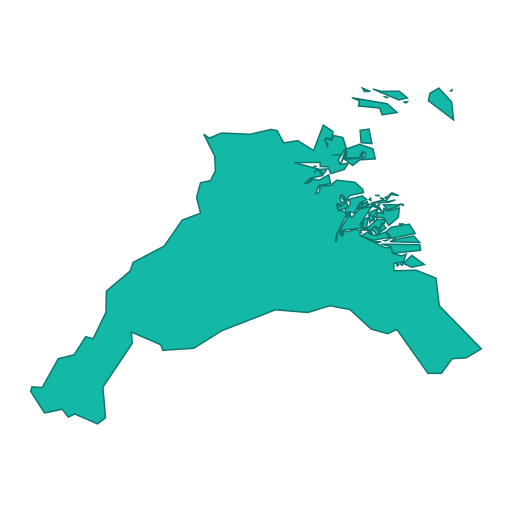 outline of Bulungan, Kalimantan Timur, Indonesia
{"feature_id": "22746128B10941975158621", "entity_name": "Bulungan", "entity_type": "district", "adm_level": 2, "iso_a3": "IDN", "parent_name": "Indonesia", "parent_adm1": "Kalimantan Timur", "projection": "orthographic", "projection_center": [117.459, 2.847], "detail": "fine", "context": "isolated", "style": "filled", "palette": "teal", "viewbox_px": 512, "rotation_deg": 0, "n_neighbors": 0, "source": "geoboundaries", "source_scale": "gbopen_adm2", "svg_char_len": 6076}
<svg xmlns="http://www.w3.org/2000/svg" viewBox="0 0 512 512"><path d="M481.3,348.8L439.3,305.8L435.9,278.2L416.2,270.2L393.9,270.8L394.0,263.3L403.5,262.1L406.1,254.1L401.4,255.8L393.0,253.5L392.3,252.5L390.6,246.6L388.1,247.9L384.5,247.4L361.4,236.2L359.9,234.8L359.6,234.1L359.9,233.1L361.5,232.9L361.0,231.2L356.0,229.1L348.6,231.5L345.4,231.7L342.7,230.4L343.4,234.3L341.8,236.1L339.1,231.5L337.4,234.0L336.7,239.9L335.9,241.8L335.4,241.7L336.8,233.8L346.6,214.2L343.0,211.0L338.9,210.9L337.9,209.8L336.6,205.2L336.9,203.7L338.5,203.7L340.1,206.2L341.9,202.6L345.1,203.1L340.7,201.4L340.1,196.2L341.6,195.0L343.3,195.3L345.5,199.7L350.4,195.3L363.5,192.6L362.6,189.2L354.7,182.2L336.6,180.2L330.5,185.5L320.0,185.8L319.6,191.5L317.9,192.9L315.7,193.7L319.1,185.5L330.6,183.5L328.7,174.8L318.8,180.4L312.5,178.6L311.6,180.8L310.6,181.8L304.3,184.0L310.4,178.1L322.2,175.7L318.2,169.4L314.1,172.6L318.0,168.9L294.1,162.6L320.2,162.5L320.2,166.5L327.8,166.8L330.9,173.6L344.3,169.4L348.3,163.2L340.1,164.3L338.3,159.9L341.6,154.8L332.5,155.0L342.1,154.3L344.8,149.3L346.3,148.3L342.8,137.5L333.5,135.5L331.9,140.3L326.2,138.6L325.2,140.8L328.0,144.1L327.3,146.5L324.7,139.7L325.7,138.3L327.3,137.9L331.6,139.8L333.0,131.6L323.3,125.1L313.6,150.5L297.8,140.7L283.7,142.9L277.1,130.7L271.0,129.4L250.2,134.3L221.6,133.0L209.3,138.1L203.8,134.2L214.7,156.1L215.4,170.7L210.5,180.6L200.5,182.8L196.6,197.6L200.6,213.2L182.2,220.1L164.2,246.1L133.1,262.4L130.2,271.0L106.4,291.1L106.0,312.2L93.1,338.8L85.7,336.7L74.1,354.8L58.3,358.7L42.1,387.6L32.0,386.8L30.7,391.4L44.6,413.0L62.2,409.2L68.3,417.1L74.7,414.0L97.5,423.9L105.5,417.8L102.9,387.1L132.2,343.4L131.4,332.1L160.7,344.7L162.8,350.3L193.7,348.3L221.6,330.8L275.4,309.8L307.9,312.5L329.7,305.7L350.0,309.6L371.2,329.1L387.7,333.7L396.8,329.4L427.9,373.3L441.3,373.4L452.2,358.7L466.3,357.8L481.3,348.8ZM451.6,102.0L438.9,88.1L430.0,93.2L428.4,100.7L453.6,119.9L451.6,102.0ZM378.3,205.9L369.5,206.7L359.4,209.1L352.2,217.0L351.1,217.4L350.5,217.1L349.0,214.7L339.7,230.8L341.6,232.2L341.8,230.5L343.1,230.0L363.0,227.9L361.4,226.6L361.5,225.5L360.4,224.8L360.3,224.3L360.4,223.9L370.8,207.4L373.0,206.4L377.5,207.7L383.3,213.0L378.3,205.9ZM387.0,103.7L351.8,97.7L359.4,100.7L358.5,106.0L379.6,108.0L382.2,114.8L397.1,112.5L387.0,103.7ZM359.5,144.3L345.6,149.3L346.8,152.7L345.8,157.8L359.1,158.0L362.0,152.3L363.5,151.7L365.0,152.7L365.6,154.8L362.1,159.7L375.3,158.9L372.9,148.8L359.5,144.3ZM419.8,244.8L381.4,244.1L390.8,246.5L393.3,253.3L420.6,250.3L419.8,244.8ZM409.3,224.2L391.5,227.2L385.4,232.3L388.4,233.5L390.3,236.6L390.2,237.5L387.6,239.0L415.2,233.5L409.3,224.2ZM362.3,195.9L346.5,199.9L349.6,200.9L350.6,203.3L347.9,207.7L344.6,208.5L347.0,214.1L346.6,217.5L348.3,212.2L349.4,211.7L354.3,213.1L359.3,203.3L366.6,199.5L362.3,195.9ZM399.3,208.0L388.0,210.9L383.8,208.6L383.5,213.5L376.7,212.1L376.9,214.7L375.8,216.6L374.5,217.2L383.7,217.6L388.8,225.5L398.4,217.3L399.3,208.0ZM399.2,91.2L381.2,91.4L372.9,89.0L398.7,99.9L407.4,97.9L399.2,91.2ZM369.0,129.1L360.1,130.4L361.1,142.7L371.9,143.6L369.0,129.1ZM424.3,264.5L411.8,255.4L403.4,263.3L411.6,267.3L424.3,264.5ZM368.1,231.8L361.3,235.9L373.1,240.4L390.1,237.1L384.8,232.3L376.8,235.4L372.4,235.0L369.0,233.5L368.1,231.8ZM413.8,236.0L400.1,238.4L389.7,241.6L419.7,242.6L413.8,236.0ZM360.3,229.9L366.8,230.2L367.0,229.8L367.4,229.7L371.3,230.1L372.6,227.8L375.0,226.1L378.6,228.0L379.3,230.8L381.5,223.1L384.5,223.6L384.5,219.2L376.9,219.8L366.2,228.9L360.3,229.9ZM346.4,200.9L340.9,195.9L345.5,203.0L340.6,206.4L338.9,206.0L337.2,204.0L338.7,210.4L347.7,207.3L346.4,200.9ZM361.6,158.5L364.0,152.2L358.9,158.4L344.4,159.1L352.7,165.4L361.6,158.5ZM387.3,209.7L398.5,206.2L399.4,204.7L383.4,204.8L387.3,209.7ZM382.2,200.3L371.3,203.0L387.0,202.4L386.3,200.3L382.2,200.3ZM376.5,234.8L386.1,228.1L382.0,223.3L379.8,230.8L378.4,231.0L375.0,226.3L371.6,229.9L372.8,230.3L374.9,232.0L376.5,234.8ZM378.0,208.8L368.3,212.8L373.4,217.2L378.0,208.8ZM366.3,228.5L368.4,217.3L362.9,220.4L363.6,223.9L361.5,226.4L366.3,228.5ZM343.5,158.0L346.3,153.6L345.4,151.3L340.6,163.9L343.5,158.0ZM370.7,204.3L363.8,203.1L360.4,208.1L370.7,204.3ZM322.9,174.9L327.1,168.9L319.8,169.4L322.9,174.9ZM398.8,195.7L392.0,192.8L390.0,194.2L398.8,195.7ZM364.5,91.6L370.4,91.4L362.4,88.1L364.5,91.6ZM374.0,218.1L369.9,214.5L368.9,214.8L369.9,222.5L374.0,218.1ZM388.3,202.4L395.5,199.8L387.8,201.7L388.3,202.4ZM387.3,199.3L390.3,195.3L385.1,197.4L387.3,199.3ZM373.3,235.0L371.1,231.5L368.8,231.8L373.3,235.0ZM350.9,217.1L349.8,212.2L348.3,212.6L350.9,217.1ZM403.1,204.5L399.6,203.9L402.9,205.5L403.1,204.5ZM402.9,223.9L398.7,224.0L402.4,225.0L402.9,223.9ZM376.1,242.6L381.4,241.9L375.4,241.7L376.1,242.6ZM397.4,266.0L398.7,264.8L396.5,263.9L397.4,266.0ZM370.9,200.5L370.6,198.2L369.2,199.6L370.9,200.5ZM401.9,265.4L403.1,264.0L400.7,264.1L401.9,265.4ZM309.9,180.8L311.5,180.4L312.0,178.2L308.4,180.2L309.9,180.8ZM374.6,204.0L371.1,205.1L375.2,204.8L374.6,204.0ZM360.4,224.4L363.1,223.3L362.0,222.2L360.4,224.4ZM384.2,199.1L381.7,198.1L379.9,198.4L384.2,199.1ZM378.7,195.3L375.0,195.4L379.0,195.7L378.7,195.3ZM385.3,241.0L388.3,239.9L384.3,240.6L385.3,241.0ZM367.6,229.8L368.7,231.3L371.4,230.3L367.6,229.8ZM359.9,203.4L361.1,204.7L362.9,202.8L359.9,203.4ZM340.9,234.5L343.1,233.8L341.5,232.5L340.9,234.5ZM385.7,97.6L388.4,97.4L384.9,96.9L385.7,97.6ZM379.1,204.9L380.2,203.7L378.5,204.5L379.1,204.9ZM372.5,220.5L373.8,220.7L374.7,219.0L372.5,220.5ZM394.5,239.8L396.7,238.9L392.5,239.6L394.5,239.8ZM406.2,102.8L407.3,101.6L403.4,102.2L406.2,102.8ZM358.1,206.9L359.5,206.8L359.6,205.6L358.1,206.9ZM364.9,207.7L367.5,205.8L363.8,207.7L364.9,207.7ZM367.3,202.5L367.3,201.5L365.3,202.3L367.3,202.5ZM308.6,181.6L309.8,180.9L307.9,181.0L308.6,181.6ZM375.8,219.0L377.0,219.4L377.2,219.0L375.8,219.0ZM359.7,208.4L359.7,206.7L358.1,208.8L359.7,208.4ZM343.6,158.2L345.2,157.6L344.8,156.9L343.6,158.2ZM451.9,90.0L450.7,90.8L451.6,91.0L451.9,90.0ZM314.3,166.6L316.7,166.1L314.2,166.4L314.3,166.6ZM371.6,230.7L372.4,230.3L371.6,230.2L371.6,230.7Z" fill="#14b8a6" stroke="#0f766e" stroke-width="1.5"/></svg>